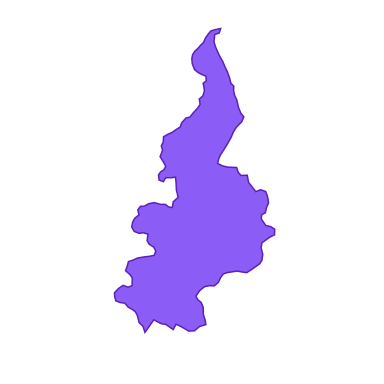 Apuarema, Bahia, Brazil (Mercator projection), rotated 49°
{"feature_id": "56859067B6094407413317", "entity_name": "Apuarema", "entity_type": "district", "adm_level": 2, "iso_a3": "BRA", "parent_name": "Brazil", "parent_adm1": "Bahia", "projection": "mercator", "projection_center": [-39.762, -13.814], "detail": "fine", "context": "isolated", "style": "filled", "palette": "violet", "viewbox_px": 384, "rotation_deg": 49, "n_neighbors": 0, "source": "geoboundaries", "source_scale": "gbopen_adm2", "svg_char_len": 2374}
<svg xmlns="http://www.w3.org/2000/svg" viewBox="0 0 384 384"><g transform="rotate(49 192 192)"><path d="M221.9,143.0L215.6,139.3L211.6,144.2L207.4,144.2L202.8,142.2L196.8,148.6L192.2,151.9L187.2,153.9L184.4,149.9L182.6,145.9L181.4,141.6L179.0,133.7L176.4,126.6L173.8,121.2L172.2,115.8L171.6,108.2L169.2,103.5L164.8,103.5L158.6,101.4L152.0,97.8L147.3,96.5L142.8,94.1L139.6,91.1L135.4,91.3L130.6,88.8L123.8,86.2L118.8,84.9L114.2,83.3L107.3,81.9L102.2,80.4L97.6,78.9L93.1,76.9L88.0,71.4L89.9,67.2L87.4,63.1L84.6,68.1L82.8,72.2L83.4,75.8L84.6,80.8L86.7,85.3L86.9,89.4L87.5,93.1L87.6,97.5L88.7,101.4L91.3,104.7L95.3,107.6L101.2,109.8L106.0,109.0L109.5,107.6L113.8,105.5L117.5,108.4L117.3,112.3L120.6,114.1L123.9,116.4L126.6,120.7L126.6,125.5L131.2,128.4L132.4,132.9L133.0,138.7L134.1,144.5L132.2,147.9L133.0,154.4L135.2,158.3L134.4,163.2L134.0,167.7L132.6,172.4L131.6,177.2L135.2,180.7L137.2,185.0L141.2,186.9L144.4,192.9L150.6,193.9L155.4,195.0L156.8,198.8L156.2,202.5L157.2,206.2L161.4,209.0L165.4,206.9L164.0,202.4L167.4,198.6L170.0,194.7L175.0,198.3L180.4,202.6L187.0,205.9L187.0,212.5L190.8,217.0L187.8,219.6L184.0,220.1L180.5,224.0L175.2,227.5L172.4,232.4L171.4,237.4L169.0,240.3L169.9,244.6L174.5,247.1L174.2,252.2L175.8,256.6L178.8,260.4L183.8,261.5L188.4,259.1L190.8,255.5L195.0,252.9L199.2,257.8L203.2,258.6L208.5,257.1L212.7,258.0L215.0,262.0L213.0,265.7L209.8,270.4L206.2,276.2L204.6,281.5L202.8,285.6L205.2,289.1L207.8,293.8L213.6,293.0L217.6,293.4L220.5,296.1L223.4,298.6L221.8,302.8L217.3,305.2L216.6,311.0L217.2,316.7L220.2,319.0L224.2,320.9L228.2,318.8L231.8,315.7L237.0,315.7L241.4,314.1L245.3,313.3L250.0,314.5L255.8,317.6L261.1,317.1L267.1,319.6L263.4,304.6L267.4,303.2L271.7,301.3L274.8,298.6L283.5,296.5L281.4,290.8L286.0,288.7L290.6,287.1L294.8,285.8L298.4,281.1L298.5,274.3L301.2,268.5L297.4,266.2L291.6,263.6L286.5,259.2L281.2,257.5L277.5,258.3L273.2,257.4L271.5,251.0L271.7,244.6L274.3,240.1L277.5,236.8L277.5,231.4L275.2,226.1L274.4,222.0L276.2,217.8L279.0,213.5L281.3,209.8L284.5,207.3L288.8,203.6L289.5,198.4L290.2,192.1L290.6,188.2L289.5,184.1L285.5,179.5L279.4,176.4L276.2,172.5L276.7,167.7L277.2,162.5L278.5,157.8L274.4,154.0L269.8,155.3L265.6,158.3L257.9,157.4L254.8,154.4L255.8,150.3L252.6,145.9L250.5,141.5L247.3,139.3L243.9,137.5L239.9,136.1L235.3,138.7L233.6,143.6L221.9,143.0Z" fill="#8b5cf6" stroke="#5b21b6" stroke-width="1.5"/></g></svg>